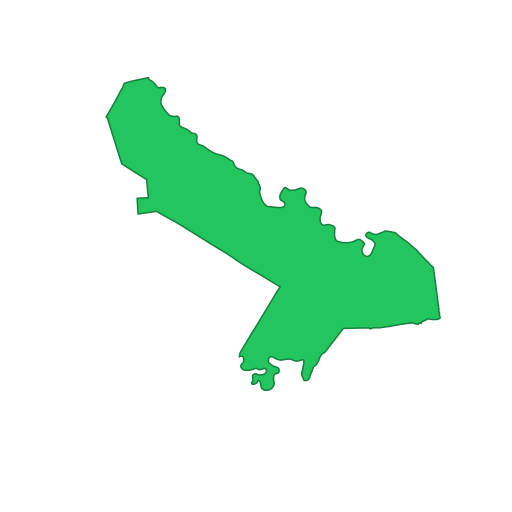 outline of Balta Doamnei, Prahova, Romania, rotated 204°
{"feature_id": "2599482B99497080352243", "entity_name": "Balta Doamnei", "entity_type": "district", "adm_level": 2, "iso_a3": "ROU", "parent_name": "Romania", "parent_adm1": "Prahova", "projection": "orthographic", "projection_center": [26.161, 44.772], "detail": "fine", "context": "isolated", "style": "filled", "palette": "green", "viewbox_px": 512, "rotation_deg": 204, "n_neighbors": 0, "source": "geoboundaries", "source_scale": "gbopen_adm2", "svg_char_len": 6084}
<svg xmlns="http://www.w3.org/2000/svg" viewBox="0 0 512 512"><g transform="rotate(204 256 256)"><path d="M62.5,274.0L63.1,275.2L63.9,276.1L64.7,277.4L65.0,278.3L65.6,279.3L66.6,279.2L67.1,281.9L67.9,282.7L79.4,301.6L89.4,317.9L90.6,318.1L93.3,319.0L96.6,320.5L99.2,321.3L104.2,323.5L108.8,325.3L108.9,325.5L110.0,326.1L112.5,327.0L119.0,328.8L121.0,329.7L131.8,332.0L134.4,332.7L135.8,333.2L138.6,333.9L140.8,333.3L143.8,332.7L147.3,331.8L148.5,331.1L149.6,329.6L151.3,328.0L153.1,326.0L154.3,324.9L155.4,324.3L157.4,323.7L158.6,323.6L161.2,323.9L162.1,323.8L162.9,323.4L163.7,322.6L164.1,321.7L164.2,319.7L163.3,318.8L161.8,318.1L160.0,317.9L158.4,318.0L156.7,317.9L153.5,316.7L152.6,316.1L152.0,315.4L151.8,314.3L151.6,311.8L151.8,310.2L151.5,307.4L152.0,303.6L152.3,302.9L153.5,301.3L154.2,300.8L155.1,300.5L156.7,300.6L158.8,301.2L159.4,301.6L160.4,302.7L161.3,303.6L161.9,305.0L162.1,307.5L161.6,310.9L162.0,311.5L164.5,312.7L166.9,313.2L168.3,313.2L169.7,312.5L173.6,308.1L174.8,307.2L176.8,305.9L179.7,304.5L182.0,303.5L186.4,302.6L188.0,302.6L189.4,303.1L190.7,304.1L192.4,306.3L192.9,307.4L194.2,310.4L195.0,313.3L196.0,314.3L196.9,314.7L198.3,314.8L200.1,314.7L202.8,314.2L204.9,312.8L206.0,311.9L207.4,311.5L208.8,311.7L210.3,312.5L211.2,313.5L212.2,315.0L212.9,316.8L213.3,318.4L213.6,321.5L213.9,322.8L214.4,324.0L215.6,324.6L217.3,325.1L219.2,325.2L221.3,324.6L224.7,323.0L226.7,322.7L228.9,323.3L232.0,325.0L234.0,326.6L235.2,328.7L235.7,331.2L235.8,333.2L236.3,334.9L238.0,336.5L239.2,336.7L240.4,336.8L241.6,336.7L242.9,336.2L247.4,332.0L249.4,330.9L250.9,330.2L252.7,329.9L256.7,330.5L257.6,330.2L257.9,329.5L258.1,328.2L258.6,326.0L259.0,322.6L258.5,320.2L257.4,318.1L256.2,317.2L252.6,316.8L251.0,315.5L250.4,314.6L250.2,313.4L250.5,312.4L251.3,311.6L252.6,310.6L254.4,309.7L257.9,308.4L262.8,307.0L265.6,305.9L266.3,305.9L269.1,306.8L270.9,307.7L273.5,309.7L276.4,312.7L277.9,314.6L278.9,316.4L279.5,319.5L280.5,320.8L282.8,322.9L284.0,324.5L290.0,328.0L292.3,329.2L295.0,328.9L297.5,328.2L300.4,328.4L302.2,329.0L304.6,329.0L306.0,328.6L309.0,328.5L311.8,329.5L315.0,332.4L316.2,333.0L318.9,333.2L323.7,334.0L326.7,334.1L328.2,334.0L332.5,333.3L336.6,333.0L341.4,333.5L347.9,334.8L349.4,335.0L350.7,334.8L353.1,334.7L354.6,334.8L356.1,335.8L356.6,336.4L357.2,337.6L357.9,339.5L358.4,341.0L359.2,342.2L360.1,342.6L361.6,342.9L362.4,342.9L363.5,342.3L365.3,342.2L367.9,343.1L371.3,343.7L376.6,343.5L378.2,343.9L379.3,344.7L380.3,346.3L381.2,349.1L381.6,349.8L382.3,350.7L383.0,351.3L383.9,351.7L384.7,351.7L385.4,351.5L386.7,350.5L387.5,350.2L388.8,349.8L391.0,349.3L392.8,349.5L394.9,350.3L398.8,352.2L402.6,354.7L403.9,355.7L405.3,357.3L406.4,360.6L406.6,362.1L406.7,363.1L406.5,364.5L405.8,366.7L405.9,369.4L406.2,370.4L406.9,372.0L408.0,372.3L409.2,372.2L411.1,371.5L412.7,370.4L414.0,370.0L415.0,370.3L417.8,371.8L419.6,372.6L422.2,373.4L424.6,373.6L425.8,374.0L426.6,374.7L426.7,375.2L428.1,374.3L440.5,365.3L446.5,360.2L446.4,354.4L446.6,352.3L446.8,352.3L447.6,340.1L449.5,322.0L448.9,322.0L448.2,321.7L447.2,320.8L422.2,292.4L416.0,285.5L387.0,281.3L384.6,276.9L378.1,265.5L388.0,260.4L387.6,259.4L380.8,246.4L365.0,256.3L351.9,255.0L343.8,254.4L335.5,253.4L301.6,248.6L292.0,247.4L285.4,246.6L275.4,244.9L272.5,244.3L271.5,244.0L261.1,242.5L239.6,240.0L221.4,237.6L222.6,230.3L223.3,223.7L226.0,202.8L226.1,201.8L227.7,188.9L228.0,188.0L228.8,181.7L229.3,177.2L231.0,163.2L231.1,161.9L231.0,160.3L230.5,158.2L230.3,157.7L230.1,157.2L229.7,157.7L229.1,158.3L228.4,158.6L227.8,158.7L226.6,158.5L226.1,158.2L225.6,157.7L225.1,156.6L224.6,154.8L224.4,154.0L224.4,153.2L224.5,152.7L224.7,152.2L225.0,151.8L225.2,151.2L225.3,150.4L225.2,149.7L225.0,148.9L224.5,148.3L223.7,147.7L222.9,147.3L221.9,147.0L220.9,147.0L219.8,147.1L217.9,147.8L215.9,148.8L212.8,151.0L211.2,152.7L209.8,153.6L208.3,153.4L206.8,153.4L204.5,154.9L203.9,155.7L203.2,156.3L202.2,156.9L201.4,157.0L200.7,156.5L200.0,155.7L199.6,155.0L199.3,153.7L200.0,152.4L200.2,151.7L202.3,149.9L204.3,148.9L206.0,148.3L207.5,148.5L209.3,147.9L210.3,146.5L210.5,145.4L210.0,144.3L208.5,141.8L208.2,140.1L208.6,138.5L207.4,137.3L205.5,138.1L203.6,140.4L203.5,142.6L203.1,143.4L201.9,143.3L201.0,142.7L200.2,141.6L199.7,140.8L197.6,138.0L196.4,137.2L195.5,137.0L193.9,136.8L191.6,137.7L190.5,138.3L189.0,139.7L188.2,140.7L187.5,142.2L187.1,144.6L187.3,146.3L188.0,148.0L189.6,150.1L190.4,151.7L190.8,153.1L191.0,154.5L190.8,155.6L190.3,156.3L188.4,157.7L188.1,158.2L187.9,158.9L187.9,159.5L188.2,160.6L188.8,161.7L189.6,162.5L190.2,162.8L191.0,162.9L195.5,162.5L197.3,162.7L200.8,163.7L201.5,164.2L202.4,166.0L202.6,166.7L202.6,167.5L202.5,168.5L202.2,169.2L201.8,169.7L201.3,170.1L200.4,170.4L199.5,170.5L196.8,170.3L194.3,170.2L191.1,170.9L189.5,171.8L187.6,173.2L184.6,175.0L181.2,176.0L179.4,175.9L177.6,176.1L176.8,176.3L175.5,176.8L174.0,177.8L172.4,179.3L171.3,180.2L170.6,180.3L170.2,180.2L169.6,179.6L169.0,178.3L168.5,176.9L168.2,174.6L167.3,172.2L167.0,168.4L166.3,166.8L165.8,165.9L162.6,162.9L161.8,162.1L161.4,162.0L160.6,162.0L159.7,162.4L158.7,163.3L157.9,164.5L157.7,165.1L157.6,166.3L157.6,167.2L157.9,169.0L158.0,173.4L158.3,176.8L158.3,178.0L158.1,178.6L157.5,179.7L157.0,180.3L156.7,181.2L156.5,182.8L156.3,184.7L156.1,186.0L156.5,188.0L156.1,192.3L155.7,193.6L155.2,194.6L154.4,195.4L154.0,195.6L146.9,224.8L146.8,225.1L146.6,225.4L134.4,231.2L132.6,232.1L130.7,232.9L129.8,233.4L127.0,234.6L126.2,235.0L124.3,235.8L123.6,236.2L123.3,236.2L122.6,235.9L122.0,235.9L121.3,236.7L120.6,237.0L120.4,237.3L120.2,237.7L119.9,238.0L117.6,239.0L116.2,239.8L115.5,239.9L112.8,241.3L107.9,244.5L105.1,246.1L103.7,247.2L102.6,248.0L99.6,249.9L95.6,252.7L95.0,253.0L89.3,256.6L88.8,257.1L88.2,257.2L88.4,257.5L87.1,257.9L84.8,258.9L84.2,258.7L83.3,258.7L83.0,259.0L81.1,259.1L80.4,259.3L80.1,259.5L79.9,259.8L79.8,261.0L79.6,261.4L79.2,261.6L78.9,261.5L78.0,261.5L77.8,261.6L77.7,262.1L77.6,263.1L77.2,263.8L76.9,264.5L76.5,264.8L75.6,265.6L74.5,267.0L73.9,268.1L72.6,268.7L68.5,269.9L66.1,271.0L65.3,271.4L63.6,272.7L62.5,274.0Z" fill="#22c55e" stroke="#15803d" stroke-width="1.5"/></g></svg>